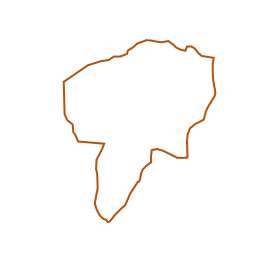 As Sudah, Amran, Yemen (Mercator projection), rotated 196°
{"feature_id": "15242507B6956753308423", "entity_name": "As Sudah", "entity_type": "district", "adm_level": 2, "iso_a3": "YEM", "parent_name": "Yemen", "parent_adm1": "Amran", "projection": "mercator", "projection_center": [43.761, 15.968], "detail": "fine", "context": "isolated", "style": "outline", "palette": "amber", "viewbox_px": 256, "rotation_deg": 196, "n_neighbors": 0, "source": "geoboundaries", "source_scale": "gbopen_adm2", "svg_char_len": 2876}
<svg xmlns="http://www.w3.org/2000/svg" viewBox="0 0 256 256"><g transform="rotate(196 128 128)"><path d="M64.9,219.1L67.8,218.7L68.5,218.6L76.9,217.6L80.1,218.9L80.3,219.0L84.8,222.1L85.0,222.2L85.4,222.5L86.4,223.1L89.8,223.8L93.8,222.5L94.1,218.1L99.4,217.8L104.0,218.7L107.0,220.4L113.3,222.7L113.6,222.5L119.2,219.7L125.2,218.8L129.8,218.5L133.9,217.6L134.0,217.6L135.0,217.3L136.0,216.2L137.0,215.6L139.8,213.7L142.5,211.6L145.1,207.3L149.5,202.4L149.3,199.0L155.0,194.6L161.3,192.7L165.5,187.9L167.1,187.2L172.0,185.0L172.6,184.7L178.9,180.5L183.8,177.3L202.5,154.7L200.3,147.7L192.8,123.9L190.2,120.7L188.4,118.8L182.2,116.1L179.4,108.9L176.8,106.9L173.8,103.2L172.3,101.3L172.1,101.3L146.6,106.3L147.1,100.5L149.5,88.6L149.4,88.5L148.4,84.2L147.4,79.8L145.2,75.9L142.8,68.8L140.9,62.9L140.7,61.6L140.5,61.2L140.5,60.8L140.3,59.9L140.3,59.6L140.3,59.1L140.3,58.7L140.3,58.4L140.3,57.6L139.1,46.4L138.8,46.0L138.5,45.5L138.3,45.1L137.8,44.1L137.4,43.6L137.0,43.0L136.7,42.6L136.3,42.0L135.8,41.3L135.7,41.1L135.5,40.8L135.2,40.5L135.0,40.3L134.5,39.8L134.3,39.5L133.9,39.1L133.5,38.7L133.2,38.4L132.9,38.2L132.7,38.0L132.5,37.7L132.2,37.5L131.8,37.0L131.6,36.8L131.3,36.5L131.0,36.3L130.5,36.0L130.0,35.6L129.7,35.5L129.4,35.2L129.0,35.0L128.8,34.9L128.4,34.7L128.0,34.5L127.7,34.5L127.4,34.3L126.9,34.0L126.7,33.9L126.3,33.7L125.9,33.7L125.5,33.7L124.9,33.8L124.5,33.9L124.2,33.9L123.9,33.9L123.5,33.7L123.0,33.2L122.7,32.8L122.4,32.6L122.1,32.4L121.8,32.2L121.5,32.2L121.2,32.2L120.7,32.4L120.3,32.8L120.1,33.0L119.9,33.3L119.6,33.7L119.4,34.1L119.2,34.6L119.0,35.1L118.8,35.5L118.7,35.9L118.4,36.3L118.3,36.6L118.1,37.0L117.9,37.6L117.7,38.1L117.6,38.4L117.4,38.8L117.3,39.1L117.2,39.5L117.1,39.9L116.8,40.2L116.7,40.7L116.5,41.0L116.3,41.5L116.1,41.8L115.9,42.1L115.7,42.4L115.6,42.7L115.3,43.2L115.2,43.7L115.0,44.1L114.7,44.4L114.5,44.7L114.3,45.0L114.1,45.3L114.0,45.6L113.7,46.2L113.4,46.8L113.0,47.5L112.6,48.3L112.2,48.8L112.1,49.1L111.8,49.5L111.4,50.1L111.2,50.4L111.0,50.7L110.7,51.1L110.4,51.6L110.2,52.0L109.8,52.6L109.6,52.9L109.4,53.3L107.8,65.5L103.7,78.9L102.5,79.5L102.3,82.1L102.9,88.2L102.4,92.2L99.2,97.9L96.3,101.4L96.5,101.8L96.6,102.2L96.7,102.5L96.9,103.1L97.0,103.5L97.1,103.8L97.3,104.2L97.4,104.6L97.5,104.9L97.7,105.3L97.8,105.7L99.1,113.2L94.5,115.8L88.1,115.8L74.0,113.3L73.2,112.8L71.3,113.3L66.8,114.4L62.7,116.1L67.8,132.1L68.9,138.5L68.3,144.8L64.7,150.1L57.5,156.9L57.5,158.2L57.6,159.9L57.6,161.3L57.6,163.0L57.7,164.3L57.6,165.6L57.4,167.2L57.2,168.7L56.9,170.3L56.6,171.7L56.2,173.0L55.8,174.4L55.3,175.9L55.1,177.3L54.6,178.7L54.2,180.1L53.7,181.7L53.5,183.3L53.5,184.6L53.8,186.1L54.5,187.7L55.0,188.9L55.7,190.3L56.6,191.8L57.2,193.2L57.8,194.4L58.5,195.7L59.1,197.1L59.6,198.6L60.2,200.0L60.8,201.8L61.3,203.1L61.7,204.3L62.1,205.6L64.4,213.4L64.8,218.0L64.9,219.1Z" fill="none" stroke="#b45309" stroke-width="2"/></g></svg>